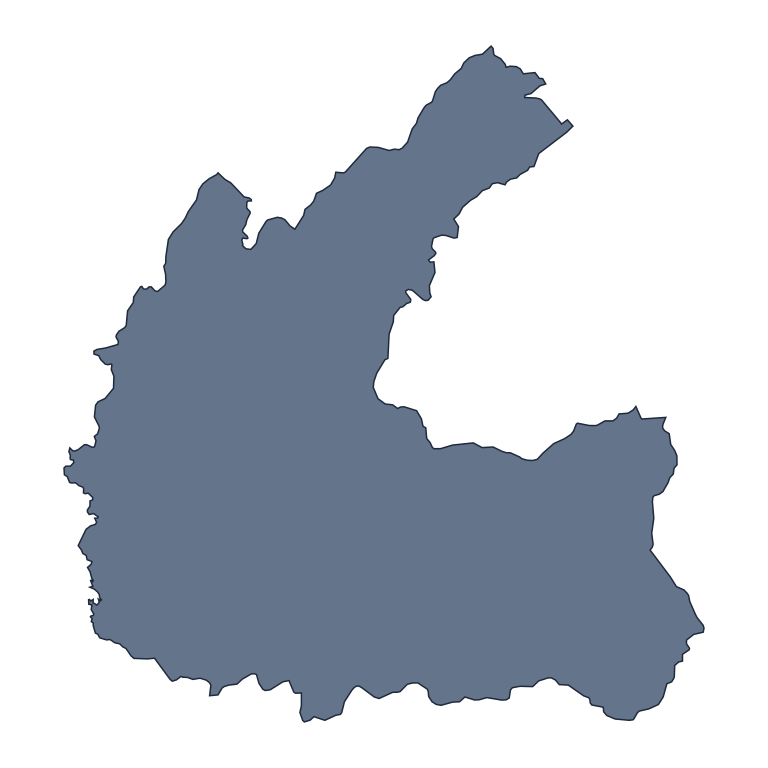 Duc Trong, Lâm Đồng, Vietnam (orthographic projection)
{"feature_id": "81297802B43116981701202", "entity_name": "Duc Trong", "entity_type": "district", "adm_level": 2, "iso_a3": "VNM", "parent_name": "Vietnam", "parent_adm1": "Lâm Đồng", "projection": "orthographic", "projection_center": [108.368, 11.695], "detail": "fine", "context": "isolated", "style": "filled", "palette": "slate", "viewbox_px": 768, "rotation_deg": 0, "n_neighbors": 0, "source": "geoboundaries", "source_scale": "gbopen_adm2", "svg_char_len": 6002}
<svg xmlns="http://www.w3.org/2000/svg" viewBox="0 0 768 768"><path d="M663.2,696.9L666.9,683.7L671.6,681.9L673.6,678.7L674.3,676.9L674.7,665.5L678.6,662.0L682.5,661.1L682.5,654.3L689.2,649.8L689.5,648.3L686.5,643.8L686.5,640.1L693.7,634.4L703.2,632.2L704.0,628.2L703.1,625.2L697.0,617.5L695.2,613.9L689.8,601.6L688.5,595.3L687.0,593.1L684.1,590.0L676.4,586.6L670.4,577.0L650.1,550.1L652.3,547.1L653.1,544.2L651.7,533.2L653.8,518.3L652.4,501.7L652.9,497.1L654.1,495.7L659.3,494.2L662.9,491.6L668.2,482.4L669.7,477.8L673.3,474.0L674.0,468.3L677.0,464.8L676.9,455.9L674.7,450.5L670.7,444.4L669.2,433.7L664.6,430.8L662.6,428.0L662.8,424.8L665.8,417.4L642.1,419.0L641.0,418.1L635.9,406.5L633.2,409.9L628.1,413.2L619.1,413.9L616.6,418.2L612.9,420.9L605.0,420.9L597.1,425.3L594.9,425.6L589.1,425.5L577.5,423.2L576.3,424.1L573.6,431.1L570.9,434.5L564.5,438.7L553.6,443.7L543.0,453.1L537.2,459.4L532.6,460.5L527.2,460.2L521.8,458.7L519.7,457.0L510.4,452.8L506.3,452.7L501.9,451.3L493.1,447.0L482.1,447.6L473.3,442.9L452.5,445.1L440.5,448.7L433.9,448.7L432.4,447.5L430.1,442.6L426.7,438.5L425.8,427.9L423.0,426.2L421.4,418.8L416.6,410.7L404.1,406.8L400.6,407.0L397.6,408.5L392.6,404.8L385.2,404.0L378.0,398.7L373.3,387.5L373.8,381.7L376.8,373.1L384.9,359.8L387.9,358.4L389.1,334.1L393.3,321.9L393.7,315.4L400.2,307.3L402.8,306.8L406.6,303.5L410.2,302.3L410.6,301.3L410.7,299.3L405.8,292.7L405.7,291.0L408.3,289.4L412.4,290.3L422.6,299.3L425.4,300.6L428.0,300.3L431.1,296.8L429.8,292.8L429.4,285.6L435.0,272.5L433.9,261.9L430.1,262.1L428.5,260.0L434.3,255.6L435.8,253.4L435.6,252.2L432.3,248.8L431.5,246.5L433.1,238.7L434.2,237.7L441.8,235.1L446.0,235.5L454.0,238.1L457.2,237.5L458.5,226.6L453.8,219.0L459.0,214.1L462.6,207.3L470.5,200.3L476.8,196.6L482.3,190.7L489.3,188.0L492.3,183.7L497.6,182.7L505.1,184.8L506.5,182.1L510.4,179.2L516.7,177.9L520.0,174.5L527.6,170.3L529.6,167.0L534.0,166.5L538.7,153.6L567.1,131.9L572.9,126.1L567.4,119.8L561.7,124.0L541.6,100.0L539.8,98.9L535.8,98.0L524.7,97.5L525.0,95.2L531.1,93.5L540.0,85.8L545.7,84.0L542.7,78.7L539.2,78.3L535.0,72.6L523.3,73.8L520.3,68.9L516.3,66.6L510.1,66.2L506.0,67.3L505.3,64.4L500.6,58.6L494.5,55.4L493.7,53.9L493.1,48.5L491.1,46.1L482.4,54.2L475.1,55.4L469.2,57.8L463.9,62.8L461.1,68.6L454.9,73.7L450.1,80.0L446.8,82.8L440.6,85.3L437.7,88.3L435.4,91.6L432.5,100.9L431.5,102.3L426.2,105.2L424.2,107.5L418.1,117.7L416.4,123.4L412.2,128.9L407.6,142.1L402.2,148.1L399.1,149.7L394.5,149.1L389.1,150.5L378.4,147.4L369.9,147.0L366.6,148.4L345.1,172.3L343.2,172.9L335.8,172.2L334.6,178.1L330.6,185.0L322.9,190.3L316.5,193.3L313.8,201.0L310.7,204.9L305.0,209.4L303.7,215.3L294.9,229.2L290.1,226.0L285.0,219.8L281.5,218.0L277.3,217.3L267.6,220.0L266.1,221.4L258.8,233.2L256.2,243.6L250.8,249.4L245.9,248.8L242.5,245.5L242.9,244.2L241.8,240.3L242.6,238.1L247.0,238.7L247.9,238.2L247.3,236.3L242.9,232.1L242.5,230.1L245.8,224.6L246.9,219.6L250.2,213.1L250.0,211.6L246.7,208.1L246.8,202.4L247.9,201.0L251.4,200.9L251.2,199.5L249.2,198.0L244.1,196.9L230.7,182.8L224.9,179.4L218.0,172.8L216.8,174.5L209.2,178.7L202.8,183.9L199.0,189.6L196.5,199.9L188.3,211.6L185.2,218.2L181.5,223.6L173.2,231.8L168.4,239.4L165.9,256.4L165.7,263.3L163.8,266.3L165.6,274.4L165.9,282.2L165.0,285.2L157.7,291.4L155.1,291.0L151.2,286.8L149.0,286.9L146.8,288.9L144.7,289.2L143.4,288.8L141.8,286.4L140.5,286.8L133.7,296.9L133.3,302.5L127.6,310.8L126.2,325.5L124.7,327.6L119.0,331.2L116.4,334.9L116.0,336.9L118.4,341.3L117.9,344.5L105.5,348.0L97.1,349.4L93.9,351.1L94.0,354.1L98.7,355.6L100.7,359.6L105.2,364.1L107.9,364.7L111.2,364.0L111.9,364.8L111.3,369.6L113.9,376.2L113.5,388.3L105.1,398.5L98.2,401.7L95.6,405.2L94.4,416.9L99.1,426.3L99.3,428.5L97.6,433.8L94.3,436.4L96.0,440.8L94.8,445.9L94.1,447.0L92.3,447.3L86.7,444.7L84.4,444.7L78.4,449.5L74.8,451.1L72.7,450.7L69.8,447.9L68.9,451.8L70.3,455.0L70.1,458.7L70.5,459.6L73.3,460.0L73.8,462.5L70.5,466.1L65.8,466.2L64.0,468.0L64.4,474.8L67.2,476.5L69.6,482.4L71.3,483.0L75.6,482.8L79.0,485.7L83.0,487.2L83.7,489.2L83.4,492.8L85.1,493.7L88.3,493.2L92.7,497.5L92.7,499.8L90.0,500.9L89.9,506.3L87.4,509.9L87.4,511.9L89.2,514.5L93.6,513.6L98.1,516.8L97.7,518.1L94.7,518.2L96.6,522.2L95.5,524.3L90.5,525.9L86.0,529.4L78.2,545.6L81.5,550.1L82.8,553.5L86.2,555.4L87.1,559.7L91.9,561.5L91.2,564.2L87.5,567.4L90.1,571.9L91.8,578.4L93.3,580.7L92.6,581.6L91.3,580.3L90.6,580.5L92.8,586.3L89.9,587.2L94.4,589.2L97.4,591.8L99.2,594.3L99.7,597.8L101.5,599.8L100.7,600.7L98.4,599.2L99.3,602.2L96.9,605.1L93.1,602.7L93.2,599.5L90.8,600.9L89.3,599.4L88.6,599.7L88.8,604.3L91.9,604.9L91.2,609.5L93.8,614.1L93.1,615.6L91.1,615.9L90.4,616.8L92.1,618.5L91.3,621.7L93.2,622.8L93.2,625.6L95.4,633.1L97.8,634.2L99.7,637.8L106.5,639.9L109.9,639.5L114.9,642.8L119.7,643.8L122.7,646.8L126.0,648.5L131.0,655.8L133.9,658.4L147.7,658.9L154.5,658.2L170.1,679.4L172.3,681.2L176.4,679.9L181.0,676.4L182.6,677.2L187.4,677.4L192.9,679.4L200.1,678.2L206.4,680.2L209.5,682.7L210.9,685.1L209.6,695.7L218.0,694.9L222.2,687.9L224.5,686.4L228.9,685.1L237.0,684.1L242.3,679.1L251.4,673.9L254.9,673.8L256.5,674.6L259.0,683.4L262.8,689.2L265.2,690.5L270.2,689.8L282.9,681.8L289.0,680.6L293.8,692.1L295.5,693.2L301.4,693.0L301.4,705.7L299.9,712.5L302.7,720.4L304.4,721.9L310.1,720.2L313.9,716.7L324.9,720.3L335.7,715.3L340.3,714.4L341.7,712.7L344.4,701.8L351.7,690.4L354.3,687.4L356.7,686.0L359.2,686.2L361.8,687.7L374.3,697.0L379.1,698.5L392.7,692.3L397.9,692.2L400.3,691.4L407.3,684.3L412.4,683.0L417.8,682.9L427.2,689.1L428.1,690.8L428.7,696.6L432.0,701.7L436.2,704.4L441.1,705.3L452.7,702.1L459.5,701.8L464.9,697.0L474.6,700.0L479.1,699.8L486.8,697.6L501.8,700.1L506.3,699.8L509.2,698.0L510.5,689.9L512.4,687.7L520.0,686.3L532.7,686.6L538.7,680.9L548.1,677.9L551.3,677.8L555.4,680.0L559.3,684.6L568.3,685.1L583.8,695.9L588.8,697.7L589.9,699.5L590.2,702.9L591.8,705.0L603.2,707.2L603.7,711.9L606.8,715.5L615.1,719.0L629.3,720.3L633.0,719.8L633.9,718.9L637.3,712.9L639.2,711.1L648.8,708.9L658.4,704.5L663.2,696.9Z" fill="#64748b" stroke="#1e293b" stroke-width="1.5"/></svg>